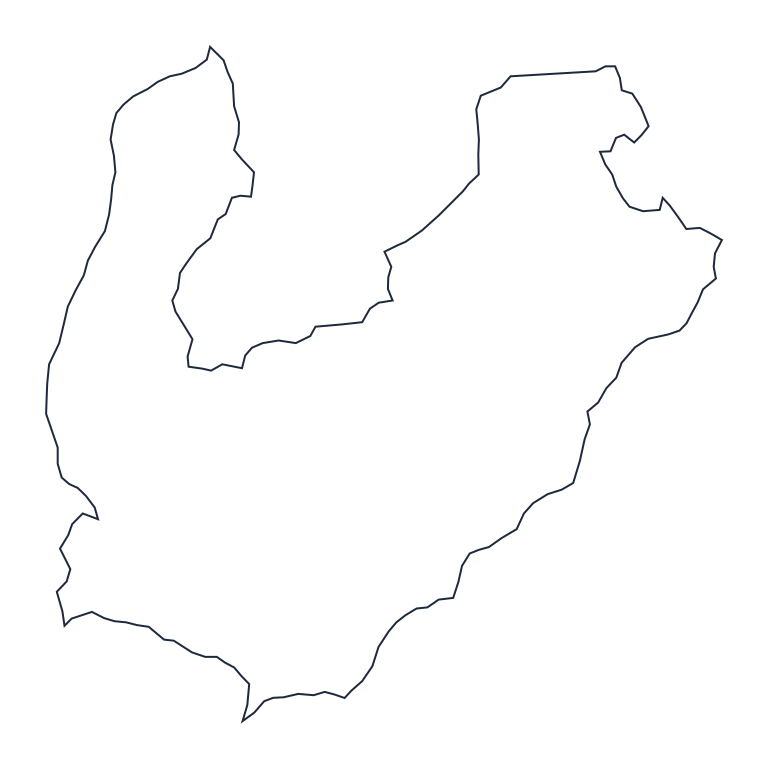 the district of Américo de Campos, São Paulo, Brazil
{"feature_id": "56859067B63814258385512", "entity_name": "Américo de Campos", "entity_type": "district", "adm_level": 2, "iso_a3": "BRA", "parent_name": "Brazil", "parent_adm1": "São Paulo", "projection": "robinson", "projection_center": [-49.77, -20.289], "detail": "fine", "context": "isolated", "style": "outline", "palette": "slate", "viewbox_px": 768, "rotation_deg": 0, "n_neighbors": 0, "source": "geoboundaries", "source_scale": "gbopen_adm2", "svg_char_len": 2559}
<svg xmlns="http://www.w3.org/2000/svg" viewBox="0 0 768 768"><path d="M242.6,721.1L254.4,712.5L264.2,701.2L273.2,697.8L283.5,697.3L298.3,693.9L313.7,695.2L324.7,691.9L334.5,694.5L344.6,698.0L351.4,690.6L362.2,681.1L372.4,666.2L378.5,647.0L388.7,631.4L396.4,622.3L405.5,615.2L416.6,608.5L427.3,607.4L438.7,599.6L453.2,597.9L458.4,581.9L462.0,565.9L469.7,553.5L478.7,549.9L489.0,547.0L501.4,538.2L516.7,529.1L523.9,513.5L533.2,503.1L547.7,494.1L561.6,489.7L573.2,483.0L579.9,460.8L584.6,439.4L589.9,424.4L587.4,411.5L598.1,402.6L606.4,388.1L616.3,377.7L621.6,362.8L635.1,347.2L648.2,338.8L667.9,334.5L679.5,330.6L686.6,323.2L691.5,313.7L697.7,302.3L703.0,289.3L715.9,278.5L713.7,266.8L715.0,253.4L721.9,240.0L710.7,233.5L699.8,227.9L686.3,229.0L678.6,217.7L669.8,205.6L662.7,197.8L659.7,209.9L643.0,211.2L629.5,206.7L623.1,198.5L616.3,186.8L612.2,174.5L605.3,164.5L600.0,151.8L610.5,151.3L616.0,137.9L624.2,134.7L634.2,142.5L641.5,135.1L648.6,126.2L640.9,107.0L632.3,93.6L621.8,90.3L619.9,78.0L615.1,66.3L605.5,66.3L595.7,71.3L510.6,76.3L500.8,87.5L491.8,91.2L480.8,95.7L476.3,109.2L477.8,125.2L478.9,139.6L478.3,154.6L478.7,174.5L469.1,183.5L462.9,191.3L450.8,203.4L438.7,215.5L431.6,221.8L421.9,230.5L405.7,241.7L396.9,245.6L384.5,251.7L391.3,266.8L388.3,277.2L387.9,288.9L392.6,300.5L378.7,302.7L369.9,308.7L362.2,322.2L341.0,324.5L315.5,326.7L310.3,336.0L295.8,343.1L278.6,340.5L262.7,343.1L252.0,347.7L245.2,355.5L242.0,368.2L222.3,364.3L211.1,370.6L202.1,368.6L188.6,366.7L187.6,356.5L192.5,339.2L175.5,311.6L172.3,300.5L177.9,288.9L180.0,272.9L186.7,262.9L196.8,249.1L210.3,238.3L217.8,219.4L225.7,214.0L231.9,197.8L240.5,195.7L251.0,196.7L252.5,185.7L254.0,172.3L242.0,159.5L234.1,150.0L238.6,134.5L239.0,122.3L234.1,106.3L232.8,83.6L227.6,72.0L223.6,60.3L210.1,46.9L206.8,59.6L195.7,67.9L181.8,73.7L169.8,76.3L157.6,81.9L147.7,89.0L133.2,96.4L123.5,104.6L116.4,113.0L113.0,124.5L110.6,139.6L113.9,155.6L115.4,172.3L112.4,185.1L111.1,199.5L109.1,214.5L104.9,231.1L95.2,246.7L87.9,260.5L83.8,275.4L75.5,290.6L67.8,306.6L64.4,321.5L59.2,343.1L49.1,364.3L47.2,383.8L46.6,399.4L46.1,413.8L52.8,433.3L57.7,447.6L57.7,463.8L61.7,477.6L69.3,484.1L77.8,488.0L86.0,496.0L94.7,507.5L98.0,519.2L82.7,513.5L72.2,524.1L68.2,535.2L60.0,548.6L70.3,569.1L66.7,581.4L56.8,591.8L62.4,611.3L64.5,625.8L71.6,618.6L91.9,611.9L103.9,618.0L114.4,621.2L126.0,622.3L137.0,625.1L148.7,626.8L164.0,639.6L173.8,640.7L192.0,652.4L205.3,656.9L216.9,656.9L224.8,662.5L234.2,667.5L241.1,675.7L249.2,684.1L247.3,705.1L242.6,721.1Z" fill="none" stroke="#1e293b" stroke-width="2"/></svg>